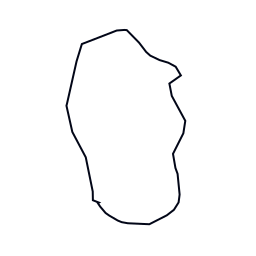 SVG path tracing the border of Plav, rotated 295°
{"feature_id": "MNE-1503", "entity_name": "Plav", "entity_type": "Municipality", "adm_level": 1, "iso_a3": "MNE", "parent_name": "Montenegro", "parent_adm1": "", "projection": "orthographic", "projection_center": [19.907, 42.587], "detail": "fine", "context": "isolated", "style": "outline", "palette": "ink", "viewbox_px": 256, "rotation_deg": 295, "n_neighbors": 0, "source": "natural_earth", "source_scale": "10m", "svg_char_len": 632}
<svg xmlns="http://www.w3.org/2000/svg" viewBox="0 0 256 256"><g transform="rotate(295 128 128)"><path d="M184.6,50.7L211.6,76.6L215.3,83.2L216.2,85.5L210.0,102.0L204.6,112.3L203.0,117.6L202.9,127.9L204.2,136.9L203.7,145.3L198.0,153.7L185.8,146.7L175.6,154.1L158.7,176.9L146.6,180.4L123.6,179.7L111.8,187.9L111.7,188.0L107.4,192.3L89.5,202.9L86.4,203.9L81.9,205.3L73.3,204.2L65.3,200.1L49.8,188.0L41.6,168.1L40.0,162.1L39.8,157.8L40.7,148.1L41.5,143.6L45.0,136.0L47.2,132.4L48.1,133.1L47.7,126.7L55.5,122.9L83.6,102.1L100.9,79.2L122.2,62.8L124.4,62.4L166.7,53.2L184.6,50.7Z" fill="none" stroke="#020617" stroke-width="2"/></g></svg>